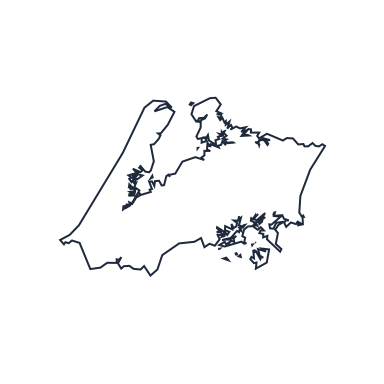 the district of Rodney Local Board Area, Auckland, New Zealand, rotated 60°
{"feature_id": "76426892B62509674219060", "entity_name": "Rodney Local Board Area", "entity_type": "district", "adm_level": 2, "iso_a3": "NZL", "parent_name": "New Zealand", "parent_adm1": "Auckland", "projection": "equal_earth", "projection_center": [174.565, -36.497], "detail": "fine", "context": "isolated", "style": "outline", "palette": "slate", "viewbox_px": 384, "rotation_deg": 60, "n_neighbors": 0, "source": "geoboundaries", "source_scale": "gbopen_adm2", "svg_char_len": 6153}
<svg xmlns="http://www.w3.org/2000/svg" viewBox="0 0 384 384"><g transform="rotate(60 192 192)"><path d="M192.9,87.5L179.0,98.0L179.1,105.5L186.0,98.5L184.1,103.1L187.7,101.8L188.4,101.9L189.0,103.1L183.3,103.6L181.3,106.3L181.6,109.0L183.3,110.1L184.5,109.9L185.1,110.5L182.0,109.8L182.4,111.2L180.3,112.2L181.8,110.5L180.8,107.1L176.0,107.5L174.2,104.1L170.0,111.3L167.3,109.6L165.7,111.7L167.8,117.9L169.3,117.7L169.8,116.1L170.6,115.1L171.5,114.5L168.2,121.1L165.5,115.0L164.5,119.3L162.8,113.1L160.9,118.6L157.4,121.0L157.2,127.6L156.5,124.8L153.3,124.8L154.7,129.7L149.7,124.3L150.6,129.1L147.6,127.3L148.0,129.1L143.2,128.6L143.8,131.6L140.4,131.7L142.3,129.2L139.6,128.1L137.1,131.8L138.2,127.6L134.2,130.5L130.5,123.3L122.2,124.4L119.7,129.7L118.6,147.3L124.4,153.6L133.9,153.1L131.6,153.0L133.7,152.3L134.0,151.4L133.2,151.5L131.6,148.9L133.8,144.4L132.5,140.0L134.8,144.0L134.3,148.5L140.5,152.3L146.2,160.5L149.1,160.3L150.2,156.6L154.1,159.0L154.9,155.0L153.0,152.8L150.5,155.5L150.3,155.1L151.9,152.1L150.6,149.7L155.8,151.6L163.2,147.6L158.9,145.7L159.6,142.0L157.1,141.9L158.2,138.4L155.3,139.3L157.7,136.7L157.0,136.4L155.5,136.6L155.0,136.3L157.7,136.3L156.1,135.2L156.2,134.8L155.7,134.5L155.8,133.9L155.5,133.6L155.6,133.2L156.9,135.1L160.5,133.9L161.1,138.8L163.7,135.9L163.7,138.1L167.1,136.7L168.7,132.9L169.4,131.9L169.7,131.9L169.7,131.5L169.9,131.4L167.8,136.3L165.8,138.2L167.3,138.8L167.5,139.5L163.3,140.3L165.7,143.1L164.9,146.5L166.8,146.6L159.8,152.0L160.2,154.1L162.2,152.5L160.8,154.2L157.0,153.9L162.8,157.8L165.6,155.6L162.6,160.7L166.5,162.9L167.0,167.0L170.4,165.4L163.5,171.7L160.9,185.1L167.7,197.3L165.7,203.5L167.9,203.6L165.2,203.7L165.4,206.2L172.1,212.8L171.2,215.0L165.8,214.9L164.1,218.6L167.9,221.6L162.9,221.3L161.6,223.9L169.4,225.2L168.8,227.5L171.3,227.7L169.0,237.7L166.9,238.1L169.0,239.4L168.8,242.9L172.5,249.9L170.4,251.5L172.1,251.6L172.8,253.5L170.4,254.8L172.7,254.7L172.8,257.8L172.0,258.5L170.9,256.6L170.4,258.5L172.6,259.8L172.7,260.4L170.1,258.6L170.8,256.4L172.4,257.9L172.5,255.0L170.7,255.6L170.1,254.8L172.3,252.3L169.7,251.4L171.9,250.0L164.4,236.8L160.3,238.7L166.1,243.8L163.9,248.1L163.5,248.1L163.8,246.7L163.5,246.1L163.1,247.1L162.3,248.1L163.5,244.4L160.8,245.8L162.8,241.1L159.9,240.4L159.8,241.7L158.8,242.4L159.0,242.6L159.0,243.0L158.5,244.6L158.4,242.2L158.3,243.2L157.4,244.1L158.1,242.2L159.6,241.4L158.1,241.7L156.4,244.3L154.0,242.4L159.8,240.8L156.2,235.9L156.0,237.6L153.1,238.0L155.2,236.1L152.1,234.1L153.6,233.3L153.0,226.5L149.6,230.0L153.2,239.5L149.2,239.8L149.3,237.2L145.8,238.7L148.0,229.5L147.2,230.3L142.3,231.6L149.0,226.7L148.4,223.8L144.6,225.6L144.2,224.0L143.6,223.8L143.6,223.7L150.9,222.3L153.5,219.3L152.8,216.9L146.3,209.7L130.5,204.2L131.6,201.0L129.5,194.6L127.2,191.0L124.3,192.1L125.6,189.7L121.7,179.4L113.8,167.1L106.1,170.9L103.4,184.2L101.3,176.8L102.4,171.0L108.9,167.3L100.7,169.3L93.5,179.9L95.2,191.0L123.6,232.5L164.3,306.6L168.0,319.4L167.6,330.2L173.3,329.1L172.2,326.7L174.7,324.4L174.0,320.2L179.9,314.8L207.9,318.6L211.7,309.1L210.9,300.8L215.8,292.6L212.6,290.9L214.2,289.2L213.1,285.7L216.7,291.8L222.9,291.6L222.2,288.1L224.7,283.1L229.3,281.1L233.4,275.3L232.2,270.5L243.6,269.8L241.8,260.7L231.8,249.3L230.1,228.8L236.3,214.9L236.4,207.2L246.0,208.8L245.6,202.7L249.9,199.1L246.8,191.7L242.1,191.3L243.8,188.0L241.1,186.6L239.9,190.0L239.4,190.0L239.3,187.4L235.8,188.5L235.1,187.9L242.7,183.8L245.6,188.7L246.4,185.9L243.6,183.4L246.8,183.0L245.2,179.6L241.5,182.5L238.1,180.3L244.6,175.8L239.4,173.8L244.1,173.9L243.9,170.9L241.4,168.4L237.6,170.0L239.9,166.4L236.5,163.4L238.9,164.4L238.7,162.4L244.3,168.0L247.2,165.4L246.6,163.9L247.0,162.5L248.3,165.8L246.5,168.9L249.5,168.4L250.3,168.8L248.4,169.5L250.3,171.4L248.2,172.5L251.2,181.4L248.9,188.7L252.2,182.9L252.2,175.7L253.0,179.2L256.2,180.3L253.8,182.6L255.3,186.9L254.2,185.5L254.3,188.6L251.5,188.6L251.6,194.8L255.6,190.9L259.7,174.0L262.9,172.7L263.5,170.4L262.0,172.2L258.1,168.8L255.4,170.5L250.6,165.7L249.8,160.8L252.0,156.4L250.0,152.7L246.3,155.4L244.2,153.7L245.8,152.6L243.9,148.9L245.2,149.5L244.1,145.7L246.3,152.6L248.8,149.7L246.8,139.2L249.7,144.7L249.3,149.1L250.5,144.8L249.5,142.4L250.5,142.1L251.2,147.1L252.4,145.8L252.7,146.1L253.4,149.7L251.1,149.0L250.0,151.9L253.8,152.4L251.7,153.5L253.5,155.8L257.6,153.9L256.8,150.1L261.2,149.0L259.6,152.0L261.3,154.2L264.0,151.2L266.9,153.1L267.7,148.7L270.5,150.7L287.7,145.5L286.1,143.1L278.9,145.4L270.5,138.1L266.3,138.8L263.8,133.8L263.6,127.4L260.8,134.4L264.5,139.9L262.5,142.6L258.7,141.2L260.0,139.5L257.7,127.5L253.9,132.9L253.6,133.0L252.9,133.0L252.7,132.9L251.9,132.5L250.9,131.0L251.1,130.3L253.6,133.0L257.2,125.4L261.3,125.7L265.0,122.3L263.5,125.1L264.7,127.5L269.3,127.9L267.8,121.6L271.8,118.0L270.5,115.3L272.8,114.0L272.3,115.7L273.9,116.7L275.4,112.1L269.4,109.0L263.5,109.4L249.6,100.1L231.7,78.4L218.7,53.8L215.8,55.2L216.0,59.3L213.7,62.1L209.9,63.1L210.5,68.6L208.7,71.8L206.2,71.5L203.9,76.2L196.1,77.8L192.7,82.9L192.9,87.5ZM280.3,153.9L276.0,159.7L280.6,157.7L274.4,163.4L280.9,165.1L284.5,163.1L282.9,164.7L284.3,166.4L275.3,166.2L275.4,167.4L273.7,167.0L273.5,168.3L280.5,171.5L277.9,173.0L279.3,175.1L284.6,173.9L285.3,171.4L290.3,175.0L290.5,162.6L280.3,153.9ZM269.4,194.6L266.0,195.1L265.4,198.0L269.4,194.6ZM115.7,146.5L114.0,148.1L115.1,150.2L116.3,149.5L115.7,146.5ZM149.5,234.5L148.6,231.2L147.5,235.3L149.5,234.5ZM159.7,218.8L158.1,218.3L159.6,221.1L159.7,218.8ZM272.7,182.2L270.7,181.6L271.1,183.7L272.7,182.2ZM269.6,184.2L267.3,184.1L267.3,184.6L269.6,184.2ZM162.8,243.7L164.1,243.2L163.8,242.3L162.8,243.7ZM269.3,107.6L268.1,107.5L268.4,108.6L269.3,107.6ZM134.4,150.4L133.3,150.7L134.4,150.8L134.4,150.4ZM149.9,235.8L150.9,236.3L150.4,235.0L149.9,235.8ZM248.5,189.8L249.1,189.2L248.9,189.0L248.5,189.8ZM157.1,165.4L156.8,164.7L156.6,165.1L157.1,165.4ZM254.4,197.8L255.1,196.6L255.0,196.2L254.4,197.8ZM267.5,166.3L268.2,166.5L267.8,165.6L267.5,166.3ZM267.0,184.7L266.2,184.9L267.2,185.0L267.0,184.7ZM134.9,150.7L134.7,150.2L134.4,151.1L134.9,150.7ZM267.7,162.2L267.1,162.5L267.8,162.2L267.7,162.2Z" fill="none" stroke="#1e293b" stroke-width="2"/></g></svg>